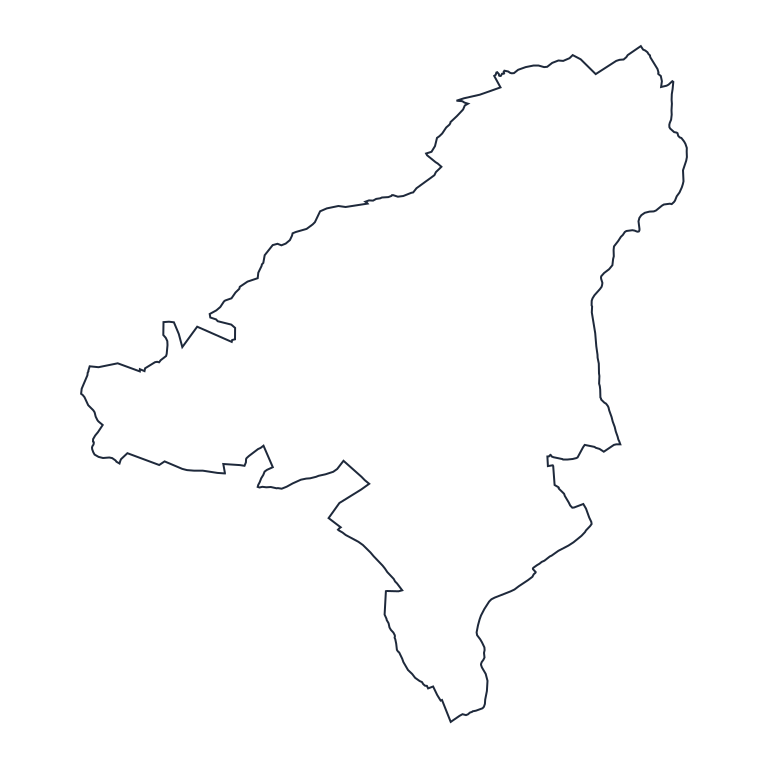 outline of Cenade, Alba, Romania
{"feature_id": "2599482B32969381521315", "entity_name": "Cenade", "entity_type": "district", "adm_level": 2, "iso_a3": "ROU", "parent_name": "Romania", "parent_adm1": "Alba", "projection": "robinson", "projection_center": [24.001, 46.05], "detail": "fine", "context": "isolated", "style": "outline", "palette": "slate", "viewbox_px": 768, "rotation_deg": 0, "n_neighbors": 0, "source": "geoboundaries", "source_scale": "gbopen_adm2", "svg_char_len": 6036}
<svg xmlns="http://www.w3.org/2000/svg" viewBox="0 0 768 768"><path d="M673.3,81.9L672.3,81.2L668.6,84.6L666.6,85.7L661.1,87.0L661.9,81.2L660.8,76.0L658.3,74.0L658.2,73.1L658.5,72.7L658.4,72.1L657.5,69.0L650.5,57.6L650.1,56.6L650.0,55.4L648.7,54.3L647.4,52.2L645.2,50.5L643.1,49.6L640.8,46.1L627.7,55.1L626.3,57.2L623.6,59.5L619.6,59.8L616.2,60.9L595.7,74.1L580.7,59.3L572.7,55.1L569.5,58.2L563.2,60.9L558.4,60.5L552.2,62.9L547.2,66.8L544.1,67.1L538.4,65.5L533.7,65.5L525.7,67.1L518.1,69.8L514.0,73.1L511.8,73.3L510.2,72.9L508.2,71.5L504.4,70.7L503.6,72.0L504.2,73.1L503.8,73.7L502.0,73.8L500.8,75.9L500.1,76.0L499.1,75.6L498.9,74.1L497.2,72.2L496.4,72.5L495.7,74.8L494.2,75.9L500.5,87.4L479.8,94.7L463.9,98.3L456.5,100.7L462.3,101.2L464.5,102.6L468.0,103.7L464.8,105.5L463.1,109.5L456.9,116.1L450.5,122.1L450.3,123.2L449.5,124.6L446.2,127.5L442.2,133.5L439.4,136.2L437.0,137.9L435.0,146.1L431.5,151.8L426.1,153.5L427.1,155.3L435.6,162.2L437.7,163.5L441.4,166.8L435.9,172.1L434.4,175.2L416.5,188.2L413.2,192.4L411.3,192.8L403.3,196.0L397.9,196.7L393.0,195.1L391.9,195.2L391.5,195.9L388.3,197.1L381.9,197.5L380.2,198.3L376.2,198.9L373.1,200.6L369.0,200.4L365.4,201.7L366.9,202.7L367.6,203.6L345.6,207.0L338.4,206.0L326.8,208.4L320.1,211.3L314.9,222.2L312.7,224.4L306.6,228.9L295.8,232.0L292.6,233.3L292.0,235.7L289.9,240.1L285.7,243.6L281.4,245.3L277.5,243.8L272.7,245.1L264.7,255.2L263.3,262.9L261.9,264.4L261.6,265.9L258.3,272.7L257.7,278.2L247.5,281.6L239.8,286.8L239.3,288.8L235.5,292.5L231.5,298.3L225.2,300.5L224.0,301.4L220.3,307.0L216.3,310.4L209.7,314.0L210.3,317.5L216.1,319.4L217.7,321.2L231.3,324.6L235.1,327.9L235.0,339.3L232.2,340.0L231.7,341.9L197.2,326.7L182.3,347.1L178.8,334.0L173.9,322.3L169.0,321.7L163.5,322.1L163.3,335.0L165.8,337.9L167.3,341.1L167.5,345.1L166.7,353.8L166.1,356.0L160.7,360.2L159.1,362.3L157.1,361.8L155.0,362.2L145.1,368.3L144.5,371.1L139.9,369.2L139.8,371.4L117.7,363.3L98.5,367.2L89.7,366.3L88.4,370.5L88.4,371.5L87.7,372.6L87.4,375.3L81.7,388.7L81.1,393.8L82.7,395.0L84.5,397.2L88.2,405.2L93.3,410.3L94.6,412.3L95.7,416.7L97.5,420.3L98.4,421.4L102.7,425.0L98.0,432.1L95.2,435.5L93.1,439.1L93.0,441.6L93.8,442.2L93.7,443.8L93.4,444.7L92.4,446.2L92.0,447.6L92.2,449.3L93.3,452.3L94.6,454.6L98.6,456.9L103.0,458.0L109.3,457.5L112.2,458.1L115.6,460.5L116.4,461.7L119.5,463.5L120.5,460.3L121.1,459.1L127.4,453.2L159.2,465.0L164.6,461.4L182.3,468.9L187.0,470.1L194.5,470.7L203.0,470.7L217.4,472.9L224.3,473.4L224.9,473.4L224.9,473.0L223.3,464.0L240.0,465.1L244.5,465.8L245.9,462.4L246.1,459.0L246.6,458.1L248.8,456.1L258.0,449.1L260.6,447.9L263.5,445.7L272.8,467.2L266.9,469.9L264.6,471.6L263.3,474.9L261.2,478.3L259.7,482.2L258.2,485.0L257.7,486.9L259.5,487.5L262.4,486.8L266.3,487.3L270.8,487.0L276.6,488.3L277.9,488.1L281.7,488.7L286.7,486.7L292.7,483.4L300.9,479.7L306.2,478.6L310.1,478.3L316.1,476.8L318.6,475.8L325.5,474.3L333.2,471.8L337.2,469.0L343.5,460.8L361.5,476.8L364.8,480.2L369.2,483.8L361.2,489.5L339.4,503.0L328.6,518.1L340.7,527.3L339.3,528.3L338.0,529.7L339.0,530.5L342.5,532.5L345.7,535.0L358.4,541.8L362.9,545.0L370.5,552.5L373.7,556.3L382.6,565.6L384.9,568.5L387.3,572.1L393.7,578.9L395.1,581.5L397.0,583.4L402.2,590.3L398.5,591.3L387.0,591.0L385.9,591.2L384.6,614.6L386.5,618.8L386.7,620.0L388.6,623.3L389.5,627.5L390.9,629.9L393.4,632.6L394.8,635.3L394.9,636.6L394.6,637.7L395.3,639.3L396.2,643.7L396.9,649.8L397.9,651.4L399.2,652.5L402.2,658.7L403.4,662.1L408.0,670.0L412.2,674.0L415.1,677.8L419.6,681.0L422.0,682.1L423.2,684.1L425.0,685.7L426.9,685.9L428.1,688.4L433.1,686.5L437.2,695.0L440.2,699.9L440.7,700.6L442.0,700.0L450.7,721.9L459.6,715.8L462.5,714.2L466.0,715.1L468.0,714.3L469.9,712.6L472.0,711.9L472.7,711.3L475.9,710.7L482.5,708.3L483.9,706.8L484.9,703.9L485.2,699.6L486.9,691.0L487.5,680.8L485.7,673.9L481.9,667.4L481.0,664.8L481.1,663.8L481.7,662.1L483.4,659.8L484.5,657.5L484.0,652.9L484.6,650.1L484.4,647.4L482.0,642.4L480.2,639.3L477.1,635.2L476.6,632.4L478.0,625.3L479.6,619.4L481.0,615.5L484.3,609.1L489.1,601.6L491.4,599.3L494.7,597.6L510.5,591.4L514.5,589.5L518.7,586.3L527.9,580.2L532.4,576.8L533.7,574.3L535.4,572.8L535.7,572.1L533.0,569.2L532.9,568.5L533.3,567.8L537.1,565.1L539.5,563.7L541.7,561.9L544.4,560.7L549.9,556.4L551.5,555.7L558.4,550.8L568.4,545.6L573.5,542.3L581.5,535.8L585.0,532.1L586.0,530.4L590.1,526.1L591.6,524.0L591.3,521.9L589.2,517.5L586.0,508.6L583.3,504.0L574.1,507.5L572.3,507.7L570.2,505.5L568.8,502.6L564.8,495.9L564.1,493.8L559.1,488.9L558.7,488.4L558.8,487.7L558.4,487.2L554.6,485.0L553.2,466.1L552.7,465.3L547.9,466.1L547.4,456.5L548.9,456.4L550.4,454.9L551.0,455.3L551.7,456.5L553.4,457.2L562.5,459.1L563.0,459.5L567.7,459.5L572.6,459.0L576.3,458.1L577.6,457.4L583.1,447.2L584.7,444.9L594.5,446.9L595.8,447.8L599.5,448.9L603.8,451.7L613.9,444.9L616.4,444.3L620.3,444.3L619.1,441.0L618.4,439.7L617.6,436.6L615.8,431.5L614.7,426.9L612.7,421.5L611.6,417.1L609.2,410.4L608.5,407.4L607.7,405.8L606.0,403.6L604.4,402.7L601.2,399.6L601.0,398.5L600.4,397.5L600.2,389.6L599.8,386.1L599.1,383.6L599.4,376.0L599.0,373.4L598.8,363.6L597.6,357.7L597.5,354.8L596.3,346.3L595.2,333.1L591.8,312.4L592.1,306.4L591.6,305.4L591.7,300.8L592.5,298.4L594.4,295.3L600.0,289.0L601.6,286.8L602.1,285.0L602.4,282.9L601.2,279.0L601.0,277.7L601.2,276.3L604.1,273.0L609.1,269.2L612.4,265.2L613.1,259.1L613.8,256.3L613.6,249.9L614.0,246.4L618.2,241.0L620.9,236.8L622.8,235.0L624.8,232.0L626.4,231.0L632.4,230.2L634.6,230.6L636.8,231.5L637.8,231.7L638.9,231.4L639.4,230.4L639.5,229.1L638.5,221.3L639.4,217.9L641.3,215.2L644.8,212.8L649.5,211.6L653.8,211.4L656.0,210.5L662.0,205.6L663.9,204.5L669.9,203.7L671.7,204.1L673.9,202.1L675.0,200.6L676.7,196.3L679.5,192.5L681.8,187.4L682.8,184.3L683.5,181.3L683.0,170.3L686.2,160.7L686.9,157.1L686.7,151.7L686.8,147.9L685.4,143.8L684.1,141.5L681.4,138.0L679.7,137.4L678.2,135.8L677.5,133.2L676.6,132.6L674.1,132.1L670.2,128.6L669.4,127.2L669.3,124.8L669.8,122.8L671.1,119.7L671.7,114.7L671.5,110.3L671.9,103.8L671.6,99.8L671.8,94.1L672.6,89.1L673.3,81.9Z" fill="none" stroke="#1e293b" stroke-width="2"/></svg>